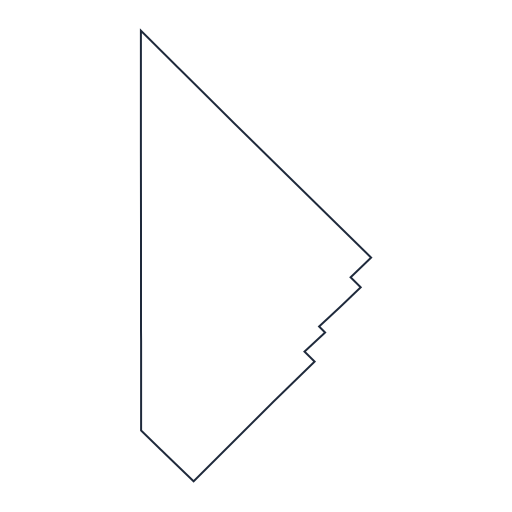 the district of Pellegrini, Buenos Aires, Argentina
{"feature_id": "61730980B41851340526887", "entity_name": "Pellegrini", "entity_type": "district", "adm_level": 2, "iso_a3": "ARG", "parent_name": "Argentina", "parent_adm1": "Buenos Aires", "projection": "robinson", "projection_center": [-63.262, -36.246], "detail": "fine", "context": "isolated", "style": "outline", "palette": "slate", "viewbox_px": 512, "rotation_deg": 0, "n_neighbors": 0, "source": "geoboundaries", "source_scale": "gbopen_adm2", "svg_char_len": 549}
<svg xmlns="http://www.w3.org/2000/svg" viewBox="0 0 512 512"><path d="M273.7,401.4L314.6,361.6L304.5,351.6L325.1,332.5L319.1,326.5L339.8,307.3L360.7,287.3L350.6,277.3L371.1,257.6L234.3,123.4L200.2,89.5L179.8,69.3L176.9,66.5L169.8,59.4L159.1,48.8L153.1,42.8L140.9,30.7L140.9,44.0L140.9,48.9L140.9,70.6L140.9,150.3L141.0,224.7L141.0,303.3L141.0,324.7L141.0,329.8L141.0,330.9L141.1,341.0L141.1,343.1L141.1,346.3L141.1,430.5L160.8,449.7L161.5,450.3L165.9,454.6L184.9,472.9L193.6,481.3L273.7,401.4Z" fill="none" stroke="#1e293b" stroke-width="2"/></svg>